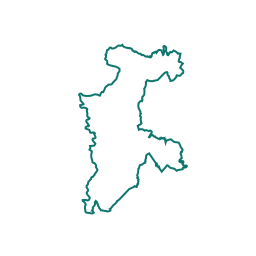 the district of Tlacuilotepec, Puebla, Mexico, rotated 134°
{"feature_id": "50627088B24502383873446", "entity_name": "Tlacuilotepec", "entity_type": "district", "adm_level": 2, "iso_a3": "MEX", "parent_name": "Mexico", "parent_adm1": "Puebla", "projection": "orthographic", "projection_center": [-98.017, 20.381], "detail": "fine", "context": "isolated", "style": "outline", "palette": "teal", "viewbox_px": 256, "rotation_deg": 134, "n_neighbors": 0, "source": "geoboundaries", "source_scale": "gbopen_adm2", "svg_char_len": 5822}
<svg xmlns="http://www.w3.org/2000/svg" viewBox="0 0 256 256"><g transform="rotate(134 128 128)"><path d="M105.8,73.5L105.3,74.7L105.2,76.6L104.2,78.5L103.3,81.4L105.9,85.0L106.2,86.9L106.3,89.2L107.6,90.2L110.1,91.4L111.5,91.3L112.3,90.9L111.0,92.8L110.1,93.4L111.3,95.5L110.6,95.5L111.4,96.1L111.8,97.3L112.3,97.1L112.4,96.7L113.2,97.1L113.2,97.7L114.0,97.4L114.2,97.6L114.2,98.1L114.7,98.7L114.9,100.0L115.2,100.5L115.5,101.7L115.3,102.6L115.6,102.7L116.1,103.6L115.8,104.7L116.1,104.9L116.2,105.8L117.7,106.4L119.1,106.1L119.9,106.2L120.0,106.5L119.2,106.8L115.6,107.6L114.4,108.0L114.1,108.4L114.3,110.0L115.9,111.2L116.7,113.2L117.6,113.9L118.3,114.1L118.5,115.7L119.3,117.3L120.7,118.6L121.7,119.0L119.7,122.5L118.8,122.1L118.0,122.2L117.5,121.8L116.1,121.5L115.1,121.7L114.9,122.5L113.0,124.9L111.1,126.3L111.1,127.3L110.8,127.9L108.8,128.7L108.9,129.3L107.7,130.3L106.3,134.1L105.0,136.0L102.9,137.6L100.5,137.8L99.1,137.1L98.9,136.6L98.3,136.8L97.6,137.3L97.5,138.0L96.2,138.7L95.7,139.3L94.8,139.2L92.7,139.5L90.3,141.5L88.5,143.6L86.7,144.0L85.0,144.8L83.5,146.0L82.6,147.1L81.0,147.1L80.2,147.4L79.1,145.0L78.7,144.4L77.0,142.6L76.2,142.4L75.4,141.6L74.5,141.2L73.0,140.0L62.8,139.9L60.7,138.9L60.7,138.1L62.1,136.7L62.5,135.5L62.3,134.7L63.6,132.7L63.8,131.1L64.7,130.2L62.8,128.8L61.2,128.5L57.6,128.7L56.9,129.3L56.3,129.5L54.8,127.4L54.0,126.8L51.3,127.0L50.1,126.5L48.7,127.7L48.4,128.2L48.3,132.1L48.4,132.3L44.8,133.4L44.0,133.2L43.6,133.3L43.9,133.7L43.8,135.1L44.1,136.1L44.9,137.0L44.8,137.9L42.5,139.3L41.6,139.4L40.7,140.4L38.9,141.3L38.1,141.9L39.1,143.0L39.1,143.5L39.8,143.7L39.7,145.8L40.5,149.0L42.8,149.0L44.0,149.7L43.9,150.4L44.1,150.5L45.3,150.4L46.9,149.8L47.7,149.7L48.0,150.2L47.7,151.3L47.2,151.4L46.7,152.2L46.7,154.1L45.0,155.1L43.6,156.4L43.4,157.9L43.6,158.6L44.4,159.1L45.0,159.0L45.6,157.7L47.0,156.8L47.3,155.9L48.0,155.2L49.1,154.2L50.7,153.4L51.1,153.5L50.6,154.5L50.2,154.7L50.0,155.8L49.0,157.8L49.6,159.1L50.4,160.0L51.1,160.2L54.2,159.7L53.8,160.9L54.1,160.9L54.9,161.6L55.5,161.3L56.2,161.8L56.3,162.2L57.3,162.4L60.9,160.7L61.5,160.8L61.7,161.1L61.4,161.5L60.8,161.3L61.0,161.9L61.5,162.3L62.2,162.2L62.8,162.8L63.0,163.9L63.5,164.0L64.4,165.0L64.8,167.7L65.2,168.3L66.1,168.8L65.9,170.6L66.5,171.1L67.0,172.1L67.6,175.7L68.2,176.2L68.6,176.0L68.8,176.5L68.6,177.1L69.2,178.7L68.8,179.1L68.5,180.1L68.7,181.2L69.2,181.8L69.2,182.2L69.7,182.3L69.9,183.0L70.6,183.5L70.9,184.4L71.6,185.2L72.5,187.6L72.5,188.9L72.1,189.9L73.8,190.3L74.5,191.0L74.8,191.7L75.7,192.3L79.2,192.9L80.7,193.6L82.0,194.8L82.1,196.2L82.7,196.9L85.3,196.6L86.2,197.1L86.8,197.0L89.1,195.5L91.0,195.0L91.0,194.3L92.4,193.0L93.6,192.8L94.3,192.4L94.3,189.6L95.4,188.2L96.3,187.7L96.4,187.0L95.2,184.1L92.2,179.1L91.5,176.8L91.4,175.6L91.6,174.8L93.0,173.6L95.9,173.2L97.6,171.9L100.8,170.4L106.2,170.4L107.4,170.1L108.6,170.5L109.7,171.6L110.6,172.2L111.9,172.2L113.5,172.6L115.4,172.3L116.2,171.8L119.4,170.8L119.6,170.8L119.8,171.4L120.3,171.8L122.1,171.6L124.2,170.7L124.6,171.0L124.7,172.0L125.4,173.4L126.9,175.3L131.0,177.4L134.0,180.3L135.7,182.9L135.9,183.5L135.8,185.2L136.1,185.9L136.7,186.4L137.8,186.5L138.3,185.8L138.5,184.4L141.2,181.2L141.5,177.4L141.7,176.6L142.0,176.5L144.9,178.3L145.8,177.1L145.8,175.4L144.5,174.5L143.6,173.4L142.8,171.9L142.6,170.7L142.8,170.2L143.7,170.1L145.1,168.5L145.4,167.7L147.7,165.7L148.0,164.5L147.5,162.6L147.8,162.3L148.5,162.2L149.2,162.4L150.5,163.3L151.3,163.3L152.0,162.9L152.4,162.3L153.3,157.8L154.2,157.6L154.9,158.5L156.6,159.0L156.9,159.0L157.8,158.0L156.3,154.6L156.8,153.1L157.5,152.4L157.5,151.8L157.1,151.2L155.4,150.0L154.7,148.9L154.9,148.1L155.8,148.2L156.8,145.6L157.3,144.8L157.8,144.6L159.1,145.0L159.9,145.9L160.3,145.9L161.0,145.5L161.6,144.4L161.8,140.8L162.0,140.5L164.2,140.1L167.3,142.8L168.2,141.4L168.9,141.0L170.3,140.7L169.9,137.9L170.3,137.4L171.6,136.7L173.3,135.5L175.0,133.4L176.3,131.0L177.4,129.8L177.1,128.8L176.5,127.8L176.8,125.7L177.1,124.9L178.4,123.8L179.2,121.0L180.7,120.4L184.1,120.0L185.2,119.4L185.9,119.6L187.2,119.3L188.7,120.0L189.3,120.0L190.3,119.1L191.4,119.3L192.3,119.1L194.4,119.1L196.7,117.6L198.1,117.7L199.4,116.7L199.7,115.1L200.5,113.5L201.2,113.1L202.9,112.9L203.6,112.5L204.2,110.8L204.5,107.7L205.1,106.7L207.0,106.2L208.1,106.6L209.4,108.9L211.3,110.5L211.9,109.8L211.6,108.4L211.7,106.9L212.4,105.3L214.5,104.3L215.9,103.0L216.5,101.9L217.7,100.6L217.9,99.4L215.1,95.4L214.1,94.2L212.7,93.8L212.2,95.4L212.1,96.2L212.4,96.5L210.4,97.1L209.5,98.1L206.1,98.5L204.3,100.3L202.9,100.5L202.9,98.7L203.4,98.5L203.7,98.0L203.6,97.2L203.8,96.7L204.7,95.4L204.9,94.2L205.6,93.0L205.8,91.0L206.0,90.4L202.9,85.9L202.2,84.6L200.6,83.6L199.6,83.3L198.8,84.1L198.8,84.8L197.4,84.5L194.1,84.9L190.7,84.6L188.8,84.7L188.4,85.1L185.6,84.6L171.2,84.7L166.0,82.8L165.3,82.9L164.6,81.0L164.3,80.8L163.4,81.6L162.5,81.5L162.1,82.2L160.9,82.0L160.7,82.6L159.2,83.3L158.8,84.3L157.7,84.6L157.4,85.3L157.7,86.2L157.5,86.7L156.6,86.6L155.7,88.5L153.2,89.7L150.0,92.3L149.1,92.2L147.4,93.3L146.4,93.7L144.7,92.5L144.1,92.6L142.7,92.1L141.4,92.1L141.3,91.6L141.0,91.6L139.6,92.3L139.5,92.9L138.6,93.5L137.2,94.1L134.9,95.9L134.0,95.9L131.9,95.3L131.6,95.2L134.0,83.4L133.8,83.2L135.0,82.6L135.2,82.2L134.4,82.4L133.9,81.8L135.3,80.1L134.8,79.3L134.2,79.1L134.4,78.4L135.0,78.5L136.0,73.4L127.6,73.9L127.3,73.1L127.3,70.1L125.1,66.3L124.9,63.3L123.4,62.8L119.7,60.0L118.6,60.8L118.0,60.9L117.5,60.7L117.1,59.6L115.4,58.9L114.5,59.2L114.4,59.8L116.0,61.4L116.4,62.8L116.3,63.3L114.1,64.4L113.8,64.7L113.7,65.3L115.3,65.3L115.9,65.6L115.9,65.8L114.8,66.1L114.5,66.4L114.5,67.2L114.9,67.4L116.2,67.2L116.4,67.3L116.4,67.7L116.0,68.2L115.2,68.6L112.1,68.5L111.8,69.3L110.9,70.2L110.5,71.3L110.0,71.6L109.9,72.4L108.5,73.2L107.7,72.6L106.7,73.4L105.8,73.5Z" fill="none" stroke="#0f766e" stroke-width="2"/></g></svg>